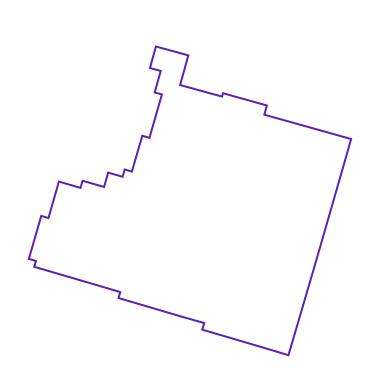 Custer, Montana, United States of America, rotated 286°
{"feature_id": "52423323B6606867099089", "entity_name": "Custer", "entity_type": "district", "adm_level": 2, "iso_a3": "USA", "parent_name": "United States of America", "parent_adm1": "Montana", "projection": "orthographic", "projection_center": [-105.487, 46.324], "detail": "fine", "context": "isolated", "style": "outline", "palette": "violet", "viewbox_px": 384, "rotation_deg": 286, "n_neighbors": 0, "source": "geoboundaries", "source_scale": "gbopen_adm2", "svg_char_len": 625}
<svg xmlns="http://www.w3.org/2000/svg" viewBox="0 0 384 384"><g transform="rotate(286 192 192)"><path d="M279.2,330.4L286.8,330.3L286.2,240.2L295.8,240.1L295.5,194.6L292.0,194.6L291.5,151.1L322.3,150.8L321.9,117.2L299.6,117.4L299.7,128.6L277.4,128.7L277.5,136.2L232.3,136.2L232.3,128.7L195.1,128.6L195.1,121.1L187.5,121.1L187.5,106.1L172.6,106.1L172.6,83.7L165.2,83.7L165.3,61.2L127.4,61.2L127.5,53.7L82.7,53.6L82.7,57.3L82.7,61.0L76.6,61.0L76.3,114.2L76.0,150.6L69.8,150.6L69.3,217.4L69.4,239.9L62.5,239.8L62.0,307.1L61.7,329.7L157.5,330.3L247.9,330.4L279.2,330.4Z" fill="none" stroke="#5b21b6" stroke-width="2"/></g></svg>